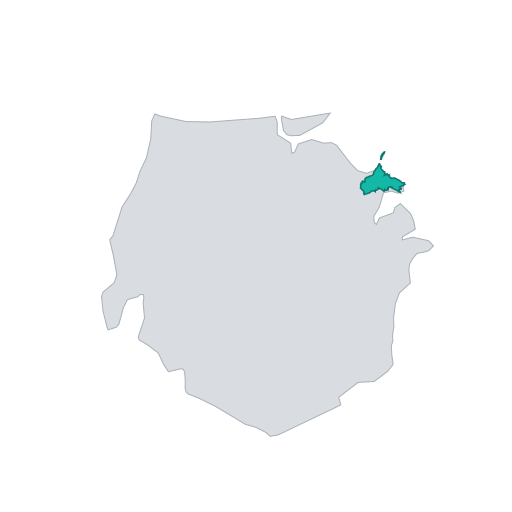 Western Area Rural, Western, Sierra Leone (highlighted), rotated 155°
{"feature_id": "65957751B56468197775265", "entity_name": "Western Area Rural", "entity_type": "district", "adm_level": 2, "iso_a3": "SLE", "parent_name": "Sierra Leone", "parent_adm1": "Western", "projection": "albers", "projection_center": [-13.169, 8.289], "detail": "fine", "context": "in_parent", "style": "filled", "palette": "teal", "viewbox_px": 512, "rotation_deg": 155, "n_neighbors": 0, "source": "geoboundaries", "source_scale": "gbopen_adm2", "svg_char_len": 6769}
<svg xmlns="http://www.w3.org/2000/svg" viewBox="0 0 512 512"><g transform="rotate(155 256 256)"><path d="M421.3,251.6L421.0,255.0L417.9,270.9L413.1,284.6L409.8,288.0L395.9,291.7L390.0,297.7L385.0,317.1L381.8,332.4L377.0,334.9L356.6,357.1L343.2,365.5L333.8,372.7L325.0,382.1L313.9,391.2L301.9,406.6L293.4,422.5L287.6,427.5L283.2,423.0L262.6,407.4L241.0,396.9L195.0,379.5L179.7,374.6L180.2,368.4L185.5,357.0L176.9,343.6L180.2,333.9L176.9,333.9L170.3,339.7L156.3,338.0L147.0,329.7L139.5,326.7L136.2,322.4L131.3,300.4L127.8,290.4L120.8,284.2L106.7,282.7L100.9,269.3L93.1,258.9L94.4,252.4L100.7,252.8L105.7,257.5L113.7,259.4L123.7,248.1L132.6,242.0L134.6,236.6L133.6,233.7L128.1,238.3L113.3,237.1L109.7,241.2L103.1,242.5L98.0,229.3L98.2,221.5L100.3,213.0L115.2,211.5L116.5,208.7L106.2,206.9L93.2,197.0L90.9,190.1L97.3,187.8L103.5,188.8L108.8,190.3L114.5,187.8L119.9,184.1L123.2,179.3L127.5,166.3L141.5,162.0L149.7,154.1L157.5,141.8L161.1,133.2L164.3,128.9L166.4,125.1L167.9,121.0L171.4,117.3L175.0,108.2L177.5,99.8L185.5,95.8L202.0,92.3L216.8,98.3L240.8,93.0L242.0,85.2L264.0,85.0L290.1,84.7L311.7,84.5L319.2,86.5L321.9,92.3L329.1,101.4L336.6,107.7L345.9,121.5L356.8,137.5L368.5,152.0L376.0,159.8L376.8,162.6L376.3,165.7L372.7,173.2L369.6,181.2L369.9,184.2L372.2,185.7L384.3,188.1L385.5,197.0L385.6,209.4L391.6,220.8L397.3,229.3L397.0,232.3L383.3,246.8L378.1,261.2L375.4,265.3L374.3,268.5L377.1,270.0L380.8,269.0L386.2,270.2L391.2,270.6L397.9,265.4L409.1,252.1L412.8,250.5L421.3,251.6ZM175.2,369.0L173.6,371.9L166.3,364.8L128.4,354.2L139.1,348.5L165.4,346.8L173.2,350.1L176.7,352.8L178.0,358.1L175.2,369.0Z" fill="#d9dde1" stroke="#a8b0b8" stroke-width="1"/><path d="M118.5,264.8L117.8,264.9L116.8,264.9L116.1,265.0L115.9,265.3L116.4,266.0L116.5,266.2L116.4,266.3L116.3,266.2L116.1,265.9L115.7,265.5L115.6,265.2L115.6,264.9L115.2,264.7L114.7,264.4L114.5,264.1L114.4,264.1L114.2,264.4L114.3,263.9L114.3,263.7L114.1,263.4L114.0,263.0L113.8,262.8L113.8,262.6L113.3,262.0L112.9,260.9L112.8,260.6L112.5,260.6L112.1,260.6L111.5,260.8L111.4,260.9L111.3,261.0L111.5,261.6L111.4,261.8L111.2,262.0L111.1,261.7L111.2,261.4L111.1,261.0L110.9,260.7L110.4,260.5L110.1,260.6L109.8,260.7L109.3,260.6L108.8,260.1L108.6,260.1L108.4,260.1L108.4,260.3L108.6,260.4L108.6,260.5L108.3,260.7L108.2,260.7L108.1,260.4L107.6,261.0L108.0,261.5L107.7,261.8L107.5,262.2L107.2,262.2L106.9,262.4L106.7,262.3L106.2,262.2L105.8,262.1L105.7,262.1L105.4,262.0L105.2,262.0L105.2,261.8L105.2,261.7L104.9,261.7L104.7,261.6L104.7,261.4L104.4,261.3L104.4,261.1L104.2,261.3L104.1,261.2L103.9,261.1L103.7,261.0L103.7,260.8L103.4,260.6L103.3,259.6L103.3,259.3L103.4,259.2L102.4,258.0L102.1,257.7L101.5,256.9L101.0,256.1L100.8,256.0L100.2,255.5L100.0,255.0L99.8,254.6L99.5,254.2L99.5,253.9L99.4,253.9L99.3,253.6L99.2,253.5L98.7,253.2L98.5,252.9L98.5,253.0L98.3,253.4L98.4,253.5L98.6,253.7L98.7,254.1L98.6,254.4L98.6,254.6L98.3,254.9L98.6,255.1L98.5,255.4L98.1,255.8L97.6,256.1L96.5,255.2L96.3,255.4L96.2,255.5L96.1,255.4L95.8,255.7L96.2,255.8L96.3,256.0L96.2,256.0L96.2,256.3L96.3,256.4L96.3,257.4L96.4,257.8L96.5,257.9L95.1,257.8L94.6,257.8L94.4,257.8L94.1,257.8L93.6,257.9L93.4,257.6L93.1,257.5L92.6,257.4L92.5,257.6L92.3,257.6L92.1,258.0L91.9,258.0L91.6,258.1L91.5,258.3L91.4,258.2L91.2,258.1L90.8,258.1L91.0,258.4L91.1,258.7L91.2,259.2L91.0,259.4L90.8,259.5L90.7,259.6L91.1,259.8L91.4,260.0L91.6,259.9L91.9,260.0L92.1,260.1L92.4,260.5L93.0,261.3L93.1,261.5L93.3,262.4L93.6,262.6L93.8,262.8L94.0,263.2L94.1,263.6L93.9,263.8L94.3,264.2L94.5,264.4L94.8,264.7L95.3,265.3L96.2,266.6L96.9,267.4L97.1,267.8L97.3,268.2L97.8,268.3L98.4,268.4L99.0,268.5L99.7,269.1L100.2,269.1L100.5,269.3L100.6,269.5L100.8,269.4L101.4,271.0L101.5,271.9L101.6,272.2L101.9,272.5L102.1,272.9L101.9,273.0L101.7,273.0L101.8,273.1L101.7,273.3L101.9,273.5L101.6,273.6L102.0,273.7L102.3,273.8L102.4,274.1L102.6,274.2L102.8,274.8L102.6,275.0L102.8,275.0L103.3,275.2L103.6,275.1L103.8,275.3L103.8,275.0L104.1,275.1L104.2,274.9L104.4,274.9L104.7,274.9L104.9,274.7L105.5,274.8L104.9,275.1L104.3,275.3L104.2,275.5L104.5,276.0L104.6,276.3L104.4,276.8L104.2,277.0L104.0,277.4L103.8,277.5L103.7,277.8L104.1,278.1L104.3,278.1L104.6,278.3L104.8,278.6L104.8,279.2L105.0,280.2L105.2,280.3L105.3,280.5L105.5,281.0L105.8,283.0L105.3,284.0L105.2,284.3L105.2,284.7L105.1,284.8L105.0,285.1L105.1,285.4L105.2,285.8L105.2,286.1L105.0,286.7L105.0,287.2L105.0,287.4L105.3,287.5L105.5,287.5L106.1,287.0L106.4,286.8L107.2,286.1L107.5,285.9L107.7,285.6L108.2,285.3L108.6,284.8L108.8,284.7L109.1,284.6L109.7,284.7L110.0,284.6L110.4,284.3L110.8,284.2L111.0,284.1L111.5,283.6L111.9,283.1L112.2,283.0L112.7,283.0L113.2,282.7L113.9,282.3L114.1,282.1L114.0,281.9L114.1,281.4L114.3,281.2L114.5,280.9L114.7,280.7L115.3,280.6L115.9,280.3L116.3,280.0L116.5,280.0L117.8,279.9L118.9,280.3L119.4,280.4L119.8,280.4L121.2,279.9L121.2,280.1L121.7,280.4L122.3,280.5L122.6,280.6L122.9,280.3L123.2,280.2L124.0,280.2L124.4,280.1L124.9,279.0L125.2,278.8L125.4,278.2L125.8,277.4L125.8,277.2L126.1,277.0L126.6,277.0L126.8,277.5L126.8,277.9L127.1,278.5L127.8,278.8L128.1,278.9L128.4,278.8L128.5,278.6L128.7,277.7L128.9,277.3L129.2,277.2L129.7,277.0L130.0,277.1L130.2,277.4L130.4,277.0L130.0,276.8L130.4,276.6L130.7,276.6L130.8,276.4L131.1,276.3L131.0,275.8L131.2,275.4L131.5,275.3L131.7,275.0L132.0,274.5L132.1,274.0L132.3,273.9L132.6,273.4L132.2,272.9L132.4,272.5L132.1,272.0L131.7,271.0L131.8,270.5L131.2,269.9L131.1,269.4L131.0,268.9L131.2,268.3L131.2,267.6L131.8,267.5L131.9,267.4L132.0,266.8L132.0,266.2L131.7,265.8L130.8,265.9L129.4,265.6L128.7,265.6L127.1,265.3L126.5,265.4L125.8,265.3L125.3,265.4L125.1,265.6L124.8,265.9L124.4,266.1L123.2,265.8L122.7,265.9L122.3,265.7L121.6,264.9L121.4,264.9L121.3,264.6L121.0,264.6L120.7,264.0L120.4,264.7L120.2,265.1L119.8,265.2L119.5,265.1L119.2,264.9L119.0,265.4L118.6,265.1L118.5,264.8ZM102.1,291.1L102.2,290.9L102.0,290.7L101.6,290.8L101.5,291.1L101.2,291.1L101.2,291.4L100.9,291.6L100.8,291.9L100.5,291.9L100.7,292.0L100.4,292.2L100.3,292.5L100.1,292.6L99.6,293.0L99.2,293.0L98.9,293.2L98.8,293.8L98.9,294.0L99.3,294.0L99.5,294.1L100.1,294.0L100.3,293.9L100.2,293.7L100.2,293.2L100.3,293.1L100.3,292.8L100.7,292.9L100.8,292.9L100.8,292.7L100.7,292.5L100.8,292.3L101.0,292.2L101.4,292.2L101.6,292.0L101.6,291.7L101.8,291.6L101.9,291.3L102.1,291.1ZM98.7,294.5L98.9,294.1L98.7,293.9L97.7,294.2L97.3,294.6L97.1,294.5L96.9,294.6L97.0,294.8L96.9,295.0L96.5,295.1L96.4,295.2L96.4,295.4L96.6,295.6L96.8,295.5L97.1,295.4L97.3,295.4L97.5,295.5L97.8,295.5L98.2,295.3L98.4,295.2L98.8,295.0L98.9,294.6L98.7,294.5ZM96.1,296.1L96.5,295.8L96.5,295.7L96.2,295.2L96.1,295.3L96.1,295.6L95.8,295.7L95.6,295.8L95.4,295.9L95.5,296.0L96.1,296.1ZM105.1,284.1L105.0,283.6L104.6,283.7L104.6,284.2L105.1,284.1Z" fill="#14b8a6" stroke="#0f766e" stroke-width="1.5"/></g></svg>